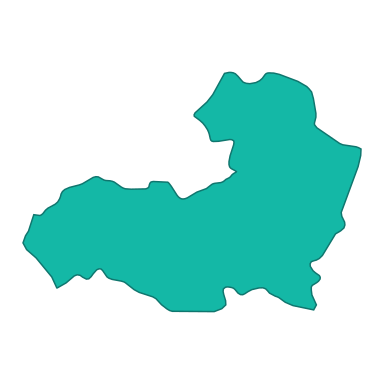 the border of Aragatsotn
{"feature_id": "ARM-1553", "entity_name": "Aragatsotn", "entity_type": "Province", "adm_level": 1, "iso_a3": "ARM", "parent_name": "Armenia", "parent_adm1": "", "projection": "robinson", "projection_center": [44.108, 40.464], "detail": "fine", "context": "isolated", "style": "filled", "palette": "teal", "viewbox_px": 384, "rotation_deg": 0, "n_neighbors": 0, "source": "natural_earth", "source_scale": "10m", "svg_char_len": 2672}
<svg xmlns="http://www.w3.org/2000/svg" viewBox="0 0 384 384"><path d="M56.8,287.9L51.8,277.0L36.1,257.9L26.6,249.6L23.0,242.9L25.5,235.8L28.5,231.1L33.8,214.7L39.9,215.5L41.3,214.9L42.9,213.6L45.5,210.2L48.0,208.1L55.2,204.2L57.7,202.0L59.6,198.8L60.5,196.5L61.1,194.0L62.5,191.5L64.8,189.5L69.6,187.4L79.4,184.9L82.5,183.7L93.2,177.4L95.9,176.7L98.3,176.9L103.9,180.0L105.7,180.5L110.0,180.8L112.3,181.3L114.3,182.1L121.5,187.2L123.5,188.2L125.3,188.8L131.1,189.2L145.7,188.9L147.7,188.1L148.9,186.9L149.4,184.6L150.0,183.1L151.0,182.0L153.2,181.5L167.8,182.2L168.5,182.8L169.2,183.5L171.3,186.3L177.0,195.2L178.4,196.9L179.8,198.0L181.4,198.8L183.0,199.0L185.1,198.7L187.4,197.8L196.9,192.1L206.4,188.6L211.8,184.4L213.2,183.7L214.9,183.3L220.8,182.6L222.7,181.9L224.2,180.9L225.9,179.4L229.1,177.8L230.3,176.9L232.1,174.7L233.5,173.6L236.1,172.1L236.4,171.6L235.3,170.8L231.6,168.8L230.5,168.0L229.6,166.8L229.0,164.6L229.0,161.6L230.1,155.8L233.6,144.9L234.0,142.5L233.7,140.8L231.8,139.7L229.8,139.5L218.5,141.3L213.4,141.5L212.0,141.2L210.9,140.3L210.3,138.8L209.2,133.9L208.4,131.7L207.5,129.7L205.2,126.1L202.8,123.1L199.7,120.3L194.3,116.3L194.1,114.8L195.1,112.8L207.0,102.0L212.8,94.6L224.5,73.4L229.1,72.4L230.8,72.4L233.2,72.8L235.4,73.8L238.0,76.3L241.5,80.4L243.2,82.2L246.1,83.3L249.8,83.7L255.9,82.6L259.7,80.7L262.3,78.4L265.0,74.7L266.0,73.7L267.3,73.1L269.0,72.9L273.8,73.1L279.4,74.4L297.9,81.4L306.7,86.5L309.1,88.9L311.6,92.0L313.4,98.6L315.9,113.3L315.9,117.2L314.4,123.2L314.6,124.9L317.0,127.9L339.7,143.5L342.8,144.8L356.1,146.8L358.6,147.7L361.0,149.0L360.7,155.6L358.1,166.6L341.2,212.5L341.8,216.3L344.6,222.1L344.9,225.0L343.9,228.0L340.7,230.8L335.5,233.9L322.4,255.5L319.3,258.5L316.3,260.1L313.7,260.8L311.3,261.7L310.1,263.8L310.3,266.4L313.0,270.7L315.4,272.8L319.4,275.6L320.2,277.2L320.1,279.0L318.5,281.2L316.6,282.7L312.2,285.4L311.3,287.1L311.3,290.1L311.9,294.9L316.4,304.9L313.7,309.9L293.0,305.6L285.3,302.3L278.9,297.6L277.2,296.8L275.3,296.2L269.5,293.1L267.5,290.7L265.6,288.8L262.9,287.8L259.1,287.9L251.9,289.6L247.9,291.7L244.9,293.7L242.8,294.7L240.5,294.6L238.0,293.1L235.0,289.5L233.6,288.3L231.9,287.6L229.9,287.2L227.7,286.9L225.5,287.2L223.4,288.9L223.1,291.4L223.7,294.4L225.6,300.7L225.8,304.9L221.8,308.7L214.2,311.6L172.3,311.3L169.6,310.5L166.9,308.9L161.5,304.7L156.0,298.7L152.7,296.8L139.2,292.4L134.2,289.7L125.3,282.7L123.9,281.9L121.3,281.1L112.1,279.4L108.9,278.2L107.0,276.9L102.6,270.5L101.0,269.0L99.1,268.8L96.7,269.8L93.2,273.8L91.1,276.7L88.8,278.8L86.4,279.1L82.7,277.2L80.1,275.3L77.1,274.8L74.3,275.9L66.1,282.9L57.3,287.9L56.8,287.9Z" fill="#14b8a6" stroke="#0f766e" stroke-width="1.5"/></svg>